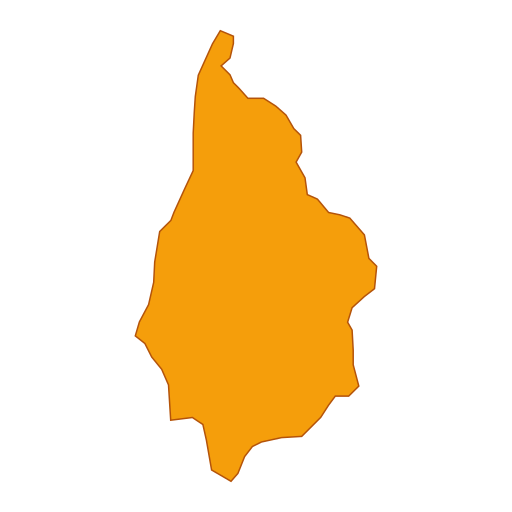 the district of Dals-Ed, Västra Götaland, Sweden
{"feature_id": "70781695B56175452529333", "entity_name": "Dals-Ed", "entity_type": "district", "adm_level": 2, "iso_a3": "SWE", "parent_name": "Sweden", "parent_adm1": "Västra Götaland", "projection": "mercator", "projection_center": [11.917, 58.996], "detail": "fine", "context": "isolated", "style": "filled", "palette": "amber", "viewbox_px": 512, "rotation_deg": 0, "n_neighbors": 0, "source": "geoboundaries", "source_scale": "gbopen_adm2", "svg_char_len": 993}
<svg xmlns="http://www.w3.org/2000/svg" viewBox="0 0 512 512"><path d="M220.3,30.7L212.5,43.8L198.3,75.2L195.3,96.5L194.3,111.8L193.2,133.1L193.2,159.5L193.2,170.6L185.1,187.9L174.0,212.3L170.9,220.4L159.7,231.5L154.7,262.0L153.7,282.3L148.6,304.6L139.4,321.9L135.3,335.9L144.9,343.5L151.7,357.0L161.7,369.3L168.5,384.9L170.7,420.2L192.4,417.5L202.9,424.5L206.4,440.2L211.6,470.0L231.0,481.3L237.9,473.4L244.6,456.6L252.4,446.5L261.4,442.0L281.5,437.6L301.7,436.4L304.1,434.0L309.5,428.6L320.7,417.4L328.6,405.1L335.3,396.1L348.7,396.1L358.8,386.1L353.2,364.8L353.2,350.2L352.1,330.1L347.6,322.2L352.1,307.7L364.4,296.5L374.5,288.7L376.7,266.3L368.9,258.4L364.4,234.9L349.8,218.1L339.8,214.8L328.6,212.5L317.4,199.1L307.3,194.6L305.0,177.8L296.1,162.1L301.7,152.1L300.6,135.3L293.8,128.6L286.0,115.1L275.9,106.2L263.6,98.3L247.9,98.3L239.0,88.3L233.4,82.7L230.0,74.8L221.1,65.9L230.0,58.0L233.4,43.5L233.4,36.2L232.9,36.0L220.3,30.7Z" fill="#f59e0b" stroke="#b45309" stroke-width="1.5"/></svg>